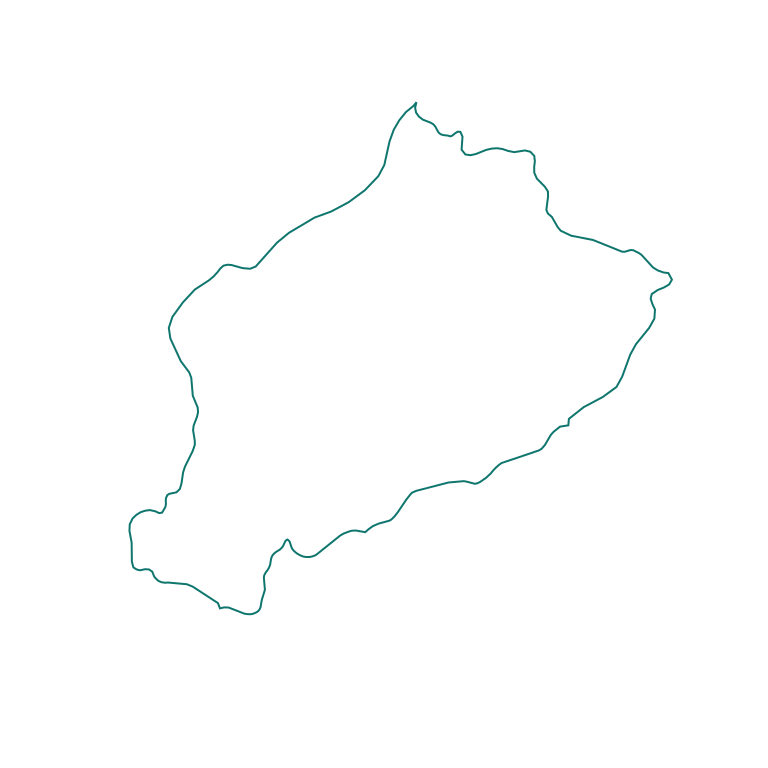 an SVG outline of Surkhandarya, rotated 204°
{"feature_id": "UZB-362", "entity_name": "Surkhandarya", "entity_type": "Region", "adm_level": 1, "iso_a3": "UZB", "parent_name": "Uzbekistan", "parent_adm1": "", "projection": "albers", "projection_center": [67.527, 38.094], "detail": "fine", "context": "isolated", "style": "outline", "palette": "teal", "viewbox_px": 768, "rotation_deg": 204, "n_neighbors": 0, "source": "natural_earth", "source_scale": "10m", "svg_char_len": 3106}
<svg xmlns="http://www.w3.org/2000/svg" viewBox="0 0 768 768"><g transform="rotate(204 384 384)"><path d="M442.6,112.3L446.6,116.3L476.4,121.1L482.6,120.9L500.2,114.9L500.3,114.9L503.4,113.3L506.7,112.4L510.0,112.4L513.9,113.7L515.8,114.8L519.4,118.3L523.2,119.0L527.0,117.6L530.9,114.7L532.7,114.2L534.6,114.0L536.5,114.2L538.3,114.6L538.5,114.7L542.0,119.0L550.0,136.4L554.4,142.8L556.8,146.3L559.2,152.4L559.0,158.9L556.9,163.9L554.1,168.0L550.5,171.2L546.6,173.6L541.1,174.7L537.0,174.6L534.4,176.2L533.7,182.7L534.4,185.7L535.8,188.4L536.8,191.1L536.7,194.5L535.5,196.3L529.6,200.6L527.8,205.1L528.5,210.5L531.6,221.7L532.2,227.7L531.5,244.9L532.1,251.5L533.9,255.4L539.6,264.1L541.0,268.6L541.5,278.1L542.4,282.5L544.6,286.7L553.9,295.5L562.6,311.3L566.7,315.4L578.9,322.2L597.7,338.7L603.4,347.7L604.6,359.3L600.9,376.8L595.2,393.4L586.1,407.5L583.3,413.2L583.3,413.3L581.6,418.4L580.5,423.0L578.8,426.8L576.3,428.7L575.1,429.5L571.5,430.7L560.5,432.3L553.2,434.8L549.0,439.1L539.2,469.7L532.3,483.5L515.2,507.7L502.5,520.0L490.3,535.6L480.3,553.2L473.7,571.6L472.8,584.2L477.6,607.8L478.5,620.4L477.3,631.1L474.6,641.3L470.1,650.2L469.0,654.6L467.9,649.0L465.1,645.0L460.9,642.5L456.0,641.3L447.5,641.7L444.5,641.3L441.8,640.0L436.6,636.0L433.9,635.2L431.2,635.5L426.7,636.9L424.2,637.2L422.7,638.6L421.2,641.6L419.4,644.4L416.8,645.4L412.9,641.9L408.4,629.6L403.0,626.8L398.0,628.2L393.6,631.5L385.8,639.5L381.1,643.0L376.3,645.5L371.1,646.9L365.4,647.4L359.3,648.8L350.2,654.7L344.8,655.7L339.5,653.5L336.8,648.9L335.1,643.4L332.7,638.2L327.9,633.8L317.4,629.7L312.6,626.6L310.4,622.1L306.5,609.1L303.6,606.4L298.6,604.9L289.2,598.0L284.9,595.9L273.4,595.6L251.5,600.6L220.4,601.7L217.9,602.7L213.2,606.7L210.7,607.6L204.2,607.3L201.3,606.7L185.7,599.9L180.0,599.1L173.9,599.6L169.3,601.0L163.4,596.4L164.0,590.9L167.7,585.8L172.1,581.3L176.0,575.1L175.1,570.4L171.4,566.3L166.7,562.2L163.6,553.7L164.6,543.0L170.0,522.9L171.0,511.0L169.4,487.6L170.4,475.9L178.8,461.2L192.1,444.2L200.9,427.4L198.8,421.2L205.8,416.7L209.6,409.4L210.9,405.4L212.2,393.7L213.7,388.8L215.6,386.2L244.5,359.6L246.3,356.4L247.9,352.8L249.2,349.1L250.1,345.7L252.6,339.8L256.3,333.7L258.4,331.2L260.4,329.8L268.9,328.4L271.6,327.7L285.1,320.2L311.1,299.5L314.1,296.2L314.8,294.6L316.6,287.5L319.3,272.2L320.6,267.1L322.1,263.3L323.4,261.4L332.2,254.2L336.4,249.6L338.9,245.3L340.9,241.0L350.1,238.7L353.7,236.9L355.9,235.1L360.1,230.9L362.4,227.7L376.4,200.5L377.7,198.9L379.2,197.5L381.4,195.8L384.7,194.3L387.7,193.5L391.1,193.4L394.7,193.8L398.2,194.8L399.7,195.5L400.9,196.2L401.9,197.0L406.1,201.6L407.4,202.3L409.0,202.6L409.8,201.5L410.2,200.1L410.3,194.9L410.8,192.7L411.9,190.2L414.4,186.5L415.6,184.1L416.2,181.9L416.2,180.2L416.1,178.5L415.3,175.5L414.9,174.0L414.5,172.5L414.4,171.0L414.4,169.4L414.5,167.8L414.8,166.0L415.3,164.3L415.5,162.4L415.6,160.7L415.3,159.2L414.8,157.9L409.1,147.6L407.8,136.9L406.0,129.9L406.0,127.4L406.6,125.2L408.0,123.1L409.7,121.3L411.1,120.1L412.5,119.3L415.2,118.2L418.1,117.4L435.0,116.6L439.2,114.9L442.6,112.3Z" fill="none" stroke="#0f766e" stroke-width="2"/></g></svg>